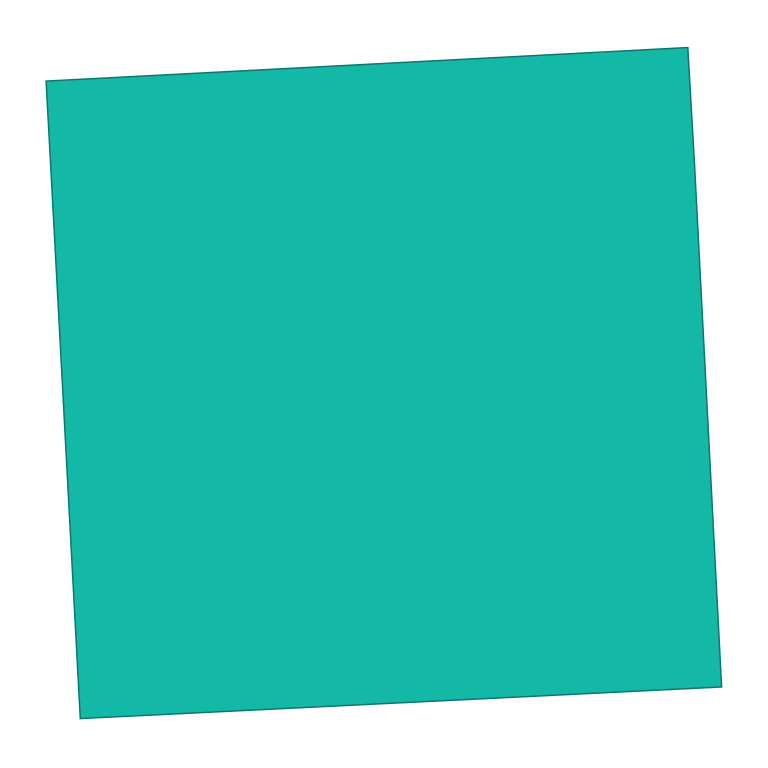 the district of Briscoe, Texas, United States of America, rotated 267°
{"feature_id": "52423323B43262131750605", "entity_name": "Briscoe", "entity_type": "district", "adm_level": 2, "iso_a3": "USA", "parent_name": "United States of America", "parent_adm1": "Texas", "projection": "albers", "projection_center": [-101.151, 34.53], "detail": "fine", "context": "isolated", "style": "filled", "palette": "teal", "viewbox_px": 768, "rotation_deg": 267, "n_neighbors": 0, "source": "geoboundaries", "source_scale": "gbopen_adm2", "svg_char_len": 249}
<svg xmlns="http://www.w3.org/2000/svg" viewBox="0 0 768 768"><g transform="rotate(267 384 384)"><path d="M527.5,62.7L65.8,63.2L63.8,705.3L587.9,705.6L704.1,705.0L704.2,62.4L527.5,62.7Z" fill="#14b8a6" stroke="#0f766e" stroke-width="1.5"/></g></svg>